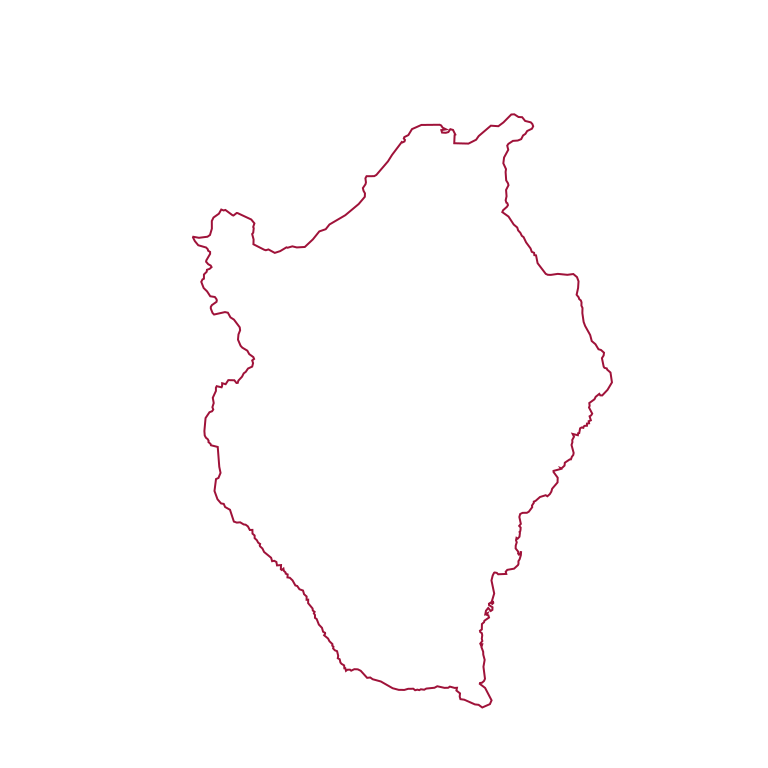 outline of Valea Sarii, Vrancea, Romania, rotated 194°
{"feature_id": "2599482B85092862889515", "entity_name": "Valea Sarii", "entity_type": "district", "adm_level": 2, "iso_a3": "ROU", "parent_name": "Romania", "parent_adm1": "Vrancea", "projection": "mercator", "projection_center": [26.811, 45.87], "detail": "fine", "context": "isolated", "style": "outline", "palette": "rose", "viewbox_px": 768, "rotation_deg": 194, "n_neighbors": 0, "source": "geoboundaries", "source_scale": "gbopen_adm2", "svg_char_len": 6138}
<svg xmlns="http://www.w3.org/2000/svg" viewBox="0 0 768 768"><g transform="rotate(194 384 384)"><path d="M322.8,677.2L325.7,676.3L331.4,666.7L335.4,661.8L342.8,660.5L352.1,647.5L353.7,643.3L360.2,637.7L374.1,634.6L375.7,642.6L375.1,643.2L378.5,647.2L381.3,647.3L382.5,644.0L384.8,642.7L388.5,642.0L389.8,644.2L385.4,646.1L389.1,646.9L391.1,648.7L392.7,649.0L410.4,644.4L418.5,638.1L420.6,631.4L424.0,628.5L424.2,627.0L422.7,625.9L422.8,624.3L424.6,622.8L425.3,623.1L431.6,608.3L434.0,601.0L442.0,585.0L443.8,583.3L451.2,581.4L451.8,579.1L450.3,575.3L450.3,573.3L451.9,569.0L450.6,566.5L448.6,564.4L447.9,561.0L452.1,552.5L462.4,538.4L475.5,525.6L478.0,520.1L483.7,516.4L488.0,507.1L494.0,497.8L501.7,495.4L506.2,495.4L510.5,492.9L511.7,493.0L516.9,487.8L521.7,484.8L528.7,486.6L531.0,485.2L532.8,485.3L544.5,488.0L545.5,492.7L548.2,497.6L547.5,499.2L548.1,503.7L548.9,504.7L548.6,508.5L552.6,511.5L567.4,514.4L568.3,514.3L570.8,511.1L571.8,511.1L580.0,514.5L581.6,513.6L584.1,513.9L585.4,509.3L589.7,504.3L590.5,500.5L588.6,493.1L588.9,486.5L590.9,484.2L598.9,481.1L604.7,480.7L604.8,480.0L602.1,476.9L597.8,473.7L589.6,473.4L587.6,472.1L586.9,470.8L584.7,470.1L584.2,468.2L586.3,461.0L586.2,459.6L583.5,457.7L580.8,457.0L579.6,455.7L581.1,453.5L583.4,452.0L583.2,450.0L585.2,446.7L584.2,442.6L585.4,441.6L586.0,438.9L582.2,433.5L578.1,431.1L573.8,427.1L569.2,427.5L567.3,426.0L566.5,424.9L566.4,423.2L570.1,418.9L570.7,416.9L570.3,415.3L567.6,411.5L565.7,410.3L555.7,415.3L552.7,415.4L549.1,411.5L545.2,410.2L537.7,404.1L536.6,401.3L537.2,396.9L536.4,391.7L532.4,386.4L530.3,385.0L524.7,383.3L522.0,380.4L517.3,378.5L516.1,376.9L517.6,375.0L516.1,372.6L516.1,369.0L519.7,366.1L521.1,362.3L522.7,360.4L523.5,356.8L526.1,352.1L526.2,349.7L527.4,349.3L530.1,351.4L536.0,350.1L537.6,345.5L541.2,345.6L540.6,342.8L540.8,341.5L545.8,341.4L546.2,339.7L545.4,336.6L546.8,329.2L544.6,324.3L544.9,320.0L543.5,317.9L544.2,316.0L546.5,314.4L548.9,307.8L546.9,294.9L545.5,290.7L543.8,288.8L541.7,287.8L540.4,286.4L540.3,285.2L537.8,283.9L537.1,282.7L530.1,282.7L523.8,263.8L521.1,258.2L521.9,252.8L524.0,251.1L522.6,239.2L517.7,231.9L513.2,228.7L510.5,228.9L508.4,226.2L503.0,224.7L496.4,214.2L493.3,213.9L490.1,215.0L486.2,213.8L484.2,214.0L481.6,212.9L478.9,209.9L476.4,210.6L475.4,207.0L472.9,205.7L472.2,203.1L469.6,201.7L467.7,199.6L465.5,198.8L465.6,197.5L465.0,196.5L462.2,195.0L459.7,192.0L451.5,188.1L449.7,185.0L447.7,185.9L445.4,185.3L443.9,182.1L440.1,183.4L439.3,179.3L438.2,178.8L436.9,180.5L436.0,178.5L433.9,177.3L433.5,176.2L431.4,175.9L430.9,173.0L428.5,173.2L425.2,171.3L421.3,167.1L419.3,167.0L416.4,164.4L412.6,164.0L410.7,160.7L407.7,159.1L406.9,155.9L405.4,156.4L404.6,153.0L399.0,148.9L398.3,147.0L396.2,146.1L396.6,144.5L395.1,143.2L394.4,140.4L392.5,139.7L389.0,134.8L385.2,132.4L383.2,128.9L381.0,128.3L380.7,127.4L381.3,125.7L376.7,123.5L374.7,121.2L371.1,119.1L370.9,117.6L369.5,116.9L369.4,115.1L367.2,113.7L364.9,113.4L362.7,109.2L362.5,106.7L360.4,106.2L358.9,103.2L357.5,102.2L354.6,101.3L353.7,98.6L352.8,98.9L351.5,96.5L350.4,97.9L347.9,98.6L346.5,97.9L343.8,100.1L340.4,100.8L337.2,100.1L329.3,94.8L326.3,95.9L323.6,94.8L315.1,94.6L302.0,90.9L295.7,90.8L290.2,92.1L286.8,94.1L281.8,95.4L279.7,94.4L277.7,95.5L275.7,95.5L274.4,96.7L271.0,97.1L269.3,98.7L261.5,101.5L259.2,103.6L251.8,103.8L248.2,104.8L246.9,106.3L241.9,106.2L239.7,106.9L239.6,104.1L235.4,102.2L234.9,98.9L233.6,96.7L229.8,97.1L218.3,95.1L214.6,95.6L210.4,93.9L203.8,99.0L203.1,103.1L212.4,113.6L218.5,116.2L218.5,117.1L216.6,117.9L215.1,120.1L214.7,122.4L219.1,133.7L219.6,140.7L222.2,145.4L223.0,148.2L225.8,152.3L225.7,155.3L226.9,155.1L226.9,154.2L227.8,155.4L226.4,158.4L227.5,160.5L227.9,164.0L228.8,165.9L230.6,166.6L231.2,167.8L229.7,169.5L230.9,174.8L229.3,177.1L229.3,178.6L225.6,182.8L226.8,184.8L228.5,184.9L228.1,186.7L230.0,185.2L230.2,188.7L228.7,191.9L225.5,189.6L224.2,191.1L224.7,193.6L228.6,194.9L229.0,196.2L227.6,197.7L225.7,196.8L225.0,198.0L225.5,199.1L226.8,199.0L226.4,207.4L232.2,219.4L232.2,224.5L231.5,227.5L231.0,227.9L228.9,228.0L227.2,227.0L219.4,229.3L220.5,231.3L219.4,233.5L213.1,236.3L210.2,240.7L210.0,242.0L210.7,244.6L210.0,246.8L209.8,251.0L210.5,254.9L210.7,252.4L211.8,251.1L212.9,252.0L213.0,253.6L216.5,256.3L217.1,259.1L216.9,262.5L218.1,264.3L218.2,266.7L216.9,266.2L215.6,268.6L216.1,272.6L216.7,273.2L216.2,274.1L216.3,275.7L216.7,277.8L218.5,279.0L217.4,281.4L220.5,287.7L220.4,290.8L218.4,292.5L214.2,293.6L212.6,295.1L210.4,300.3L211.0,301.9L209.9,304.9L210.2,306.1L208.7,307.2L205.3,312.1L200.2,315.2L198.3,314.6L196.5,317.2L195.6,320.0L195.5,323.1L191.8,330.5L192.8,335.1L198.2,339.6L198.5,340.7L191.6,344.5L192.4,345.2L191.3,345.1L189.1,348.5L189.5,351.4L185.5,355.8L184.4,356.1L184.1,358.9L183.2,360.9L183.3,363.0L187.3,370.2L187.1,373.1L187.8,375.2L186.9,378.8L188.9,381.2L183.5,381.2L183.7,383.2L182.7,383.6L183.0,388.4L181.8,389.6L180.0,389.7L180.0,390.9L179.3,391.9L177.0,392.6L177.5,394.7L175.5,395.5L176.4,397.4L174.5,398.8L176.7,402.4L175.4,403.7L174.8,405.6L179.4,410.8L179.2,412.6L180.2,415.2L176.1,420.1L175.5,422.8L172.7,426.5L171.4,425.3L169.5,425.7L165.7,432.4L163.2,440.7L167.0,449.9L171.0,452.0L171.6,453.0L173.9,453.0L175.0,453.9L178.8,461.8L177.8,464.8L178.1,467.6L181.7,469.5L184.3,469.6L188.5,473.8L192.8,475.9L195.8,481.4L202.9,489.0L205.3,492.5L208.7,500.8L209.8,505.8L211.4,507.8L212.1,511.0L213.2,512.7L215.1,513.6L216.1,515.2L218.7,517.2L218.9,524.1L220.1,530.7L222.6,534.4L226.9,536.5L232.5,534.3L242.0,532.9L248.6,530.2L251.5,529.6L253.7,530.0L264.2,538.4L267.6,545.6L269.3,545.4L270.1,547.6L272.6,548.0L274.6,551.0L280.4,555.8L284.1,560.3L286.1,561.1L288.3,563.7L291.0,565.5L292.6,568.1L296.7,570.1L303.7,576.6L310.8,579.4L310.5,581.4L307.5,585.8L307.0,587.6L308.1,589.3L309.1,589.5L310.4,591.7L310.5,595.8L312.5,601.8L311.3,607.0L312.3,608.8L314.7,611.1L317.3,619.1L317.6,622.0L321.6,627.0L322.3,632.8L320.1,641.3L322.1,645.1L321.4,647.1L317.7,651.1L313.1,652.6L310.1,654.8L309.2,658.8L307.3,660.9L306.3,664.1L302.2,667.5L301.6,670.2L303.0,672.2L304.9,673.4L310.7,673.4L314.5,676.3L318.1,675.6L322.8,677.2Z" fill="none" stroke="#9f1239" stroke-width="2"/></g></svg>